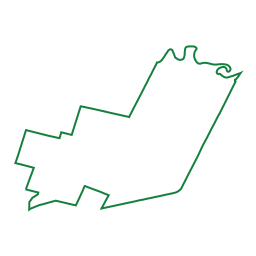 the district of Salcioara, Ialomita, Romania
{"feature_id": "2599482B59110009090263", "entity_name": "Salcioara", "entity_type": "district", "adm_level": 2, "iso_a3": "ROU", "parent_name": "Romania", "parent_adm1": "Ialomita", "projection": "robinson", "projection_center": [26.933, 44.559], "detail": "fine", "context": "isolated", "style": "outline", "palette": "green", "viewbox_px": 256, "rotation_deg": 0, "n_neighbors": 0, "source": "geoboundaries", "source_scale": "gbopen_adm2", "svg_char_len": 4051}
<svg xmlns="http://www.w3.org/2000/svg" viewBox="0 0 256 256"><path d="M101.5,208.5L113.7,205.9L118.3,204.9L123.5,203.8L124.0,203.6L124.3,203.6L130.5,202.3L135.2,201.3L137.6,200.7L139.8,200.2L142.7,199.7L147.6,198.6L148.6,198.4L149.7,198.2L151.0,197.9L151.5,197.8L152.7,197.6L153.8,197.3L155.1,197.0L156.0,196.8L157.7,196.5L159.5,196.1L161.4,195.7L162.3,195.5L162.7,195.4L164.2,195.1L164.9,194.9L165.4,194.8L165.9,194.7L166.7,194.5L167.9,194.3L169.2,194.0L170.5,193.7L171.3,193.6L172.1,193.4L172.8,193.2L173.0,193.2L173.6,193.0L175.4,192.6L176.3,192.3L177.6,191.6L178.2,191.3L179.2,190.5L180.1,189.7L180.7,189.1L181.0,188.9L182.1,186.8L182.4,186.2L182.6,185.8L182.9,185.2L183.5,184.0L188.1,174.9L192.5,166.4L197.6,156.5L197.9,155.9L199.0,153.6L202.0,147.1L203.3,144.5L206.6,138.4L209.5,132.7L211.9,128.0L213.6,124.8L218.5,115.3L219.0,114.5L219.4,113.8L219.6,113.4L220.1,112.7L220.1,112.4L223.1,106.5L226.1,100.5L233.3,86.0L233.4,85.9L235.5,81.7L235.4,81.6L235.0,81.2L235.1,80.8L235.3,80.5L235.3,80.4L235.3,80.2L235.1,80.1L234.9,80.0L234.9,79.8L235.0,79.7L235.4,79.5L235.5,79.5L235.7,79.4L235.9,79.4L236.1,79.2L236.3,79.0L237.0,78.1L238.1,76.7L238.5,76.1L238.7,75.8L240.6,73.0L240.4,73.1L238.2,73.9L236.8,74.3L235.0,75.1L232.7,75.9L231.6,76.2L229.7,76.8L228.6,77.2L227.8,77.4L227.0,77.5L226.1,77.5L225.2,77.4L224.3,77.1L223.4,76.6L222.1,75.7L221.3,75.0L220.7,74.6L220.3,74.1L219.8,73.9L219.3,73.8L218.8,73.9L218.4,74.1L218.1,74.0L217.6,73.7L217.2,73.5L217.0,73.2L216.7,72.5L216.7,72.0L216.8,71.4L217.1,70.5L217.5,69.8L218.2,69.0L219.0,68.3L219.7,67.9L220.7,67.5L221.5,67.3L222.2,67.1L222.8,67.0L223.6,66.9L224.3,67.0L225.1,67.4L225.8,68.0L226.3,68.7L226.8,70.2L226.9,70.7L227.3,71.2L227.6,71.6L228.0,71.7L228.4,71.7L228.9,71.6L229.4,71.3L229.7,70.9L230.0,70.5L230.4,69.8L230.5,69.1L230.5,68.5L229.9,67.2L229.4,66.5L228.9,66.0L228.0,65.3L227.0,64.9L225.8,64.5L224.4,64.3L222.4,64.1L221.1,64.1L218.8,64.3L216.2,64.6L213.7,64.5L212.3,64.3L208.5,63.3L207.7,63.2L206.9,63.0L205.3,62.8L203.7,62.8L202.7,63.0L201.4,63.4L200.3,63.7L199.5,63.7L199.0,63.6L198.4,63.5L197.7,63.0L197.0,62.5L196.4,61.7L195.9,60.9L195.4,60.2L195.0,59.3L194.6,58.3L194.3,57.3L194.2,56.4L194.1,54.9L194.3,53.6L194.6,52.2L195.1,51.2L195.9,49.9L196.4,49.3L196.6,48.8L196.4,48.0L195.7,47.3L195.0,46.9L194.4,46.6L193.8,46.5L193.2,46.4L192.1,46.4L191.0,46.4L189.2,46.4L188.0,46.5L186.6,46.9L186.2,47.1L185.9,47.4L185.6,47.8L185.3,48.5L185.0,49.8L184.8,51.8L184.7,52.8L184.7,53.9L184.6,55.0L184.3,56.4L184.0,57.5L183.6,58.4L183.3,58.9L182.5,59.4L181.4,59.7L180.3,59.9L179.2,59.8L178.3,59.5L177.5,59.1L176.7,58.5L175.7,57.9L175.1,57.2L174.4,55.3L174.0,54.2L173.1,52.1L172.4,50.3L172.1,49.9L171.4,49.5L170.7,49.3L170.2,49.3L169.5,49.6L168.8,50.1L168.1,50.7L167.7,51.4L167.3,52.0L166.9,52.7L166.2,53.5L165.7,54.3L164.8,55.8L164.1,56.9L163.4,57.9L162.5,59.1L161.9,59.9L161.2,60.7L160.5,61.3L159.5,61.9L158.6,62.3L157.5,62.5L157.0,62.4L156.3,63.9L156.0,64.6L153.2,70.1L150.6,75.3L150.4,75.5L148.5,79.2L146.7,83.0L146.5,83.3L146.3,83.7L146.2,83.9L145.7,84.8L139.4,97.1L133.0,109.4L131.1,113.2L129.1,116.9L129.1,117.0L113.4,113.5L111.5,113.1L102.5,111.0L92.8,108.8L83.4,106.8L80.8,106.3L80.7,106.3L71.7,134.9L71.3,134.8L61.3,132.3L59.5,138.2L47.9,135.6L47.4,135.5L26.0,130.1L17.9,155.8L15.4,163.1L17.0,163.5L19.2,164.0L21.3,164.5L33.8,167.8L30.7,176.2L30.6,176.4L26.2,188.4L26.4,189.6L26.7,189.6L26.8,189.6L28.1,190.0L32.6,191.1L38.3,192.5L37.9,194.4L36.7,195.1L35.3,196.0L34.2,196.7L32.7,197.6L32.4,197.8L31.5,199.1L30.9,200.0L29.9,201.3L29.3,202.2L29.3,203.2L29.3,204.1L29.3,205.9L29.2,209.6L29.6,209.3L30.1,208.9L30.3,208.8L31.7,208.2L32.9,207.7L36.3,206.3L38.6,205.4L39.1,205.2L40.6,204.8L43.0,204.2L45.5,203.5L48.7,202.6L51.1,201.9L53.0,201.4L54.3,201.1L55.6,200.7L55.8,200.7L61.4,202.0L75.8,205.4L79.2,198.3L80.6,195.2L83.0,190.0L83.3,189.1L84.1,187.3L84.6,186.1L85.5,186.2L87.6,187.1L89.5,187.8L90.8,188.3L93.0,189.1L96.5,190.4L98.7,191.2L100.8,192.0L103.1,193.0L106.2,194.2L108.7,195.2L105.8,200.5L104.0,203.9L102.1,207.3L101.5,208.5Z" fill="none" stroke="#15803d" stroke-width="2"/></svg>